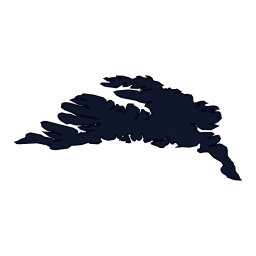 the Region of Vestfirðir
{"feature_id": "ISL-690", "entity_name": "Vestfirðir", "entity_type": "Region", "adm_level": 1, "iso_a3": "ISL", "parent_name": "Iceland", "parent_adm1": "", "projection": "equal_earth", "projection_center": [-22.568, 65.72], "detail": "fine", "context": "isolated", "style": "filled", "palette": "ink", "viewbox_px": 256, "rotation_deg": 0, "n_neighbors": 0, "source": "natural_earth", "source_scale": "10m", "svg_char_len": 5891}
<svg xmlns="http://www.w3.org/2000/svg" viewBox="0 0 256 256"><path d="M196.2,145.5L189.1,146.9L182.4,146.4L177.4,146.9L180.0,145.0L177.7,144.0L176.5,142.2L173.0,142.6L173.4,143.6L171.9,143.8L168.7,140.7L168.8,142.9L167.4,144.5L165.0,145.5L163.3,147.4L159.9,147.3L158.2,146.1L151.8,143.9L151.4,143.3L154.0,141.7L161.0,141.0L165.5,139.8L166.2,139.5L166.5,137.4L169.1,136.0L167.2,136.2L162.6,139.3L160.5,140.1L153.9,140.7L153.9,140.3L157.4,138.9L157.4,138.4L156.1,138.4L152.2,140.1L149.6,139.3L150.4,140.4L150.0,141.0L145.6,142.2L144.7,141.9L144.0,140.7L144.2,137.9L141.4,133.4L140.6,134.0L140.7,135.9L141.7,137.4L141.3,138.5L139.4,140.2L138.6,140.2L136.0,138.1L135.6,139.9L134.4,140.8L133.1,140.4L131.2,137.7L130.9,136.6L131.3,135.4L132.8,134.1L132.2,133.7L131.0,134.1L127.9,133.7L127.6,134.5L130.5,142.2L129.6,142.6L126.3,142.2L126.6,141.1L125.6,140.4L122.7,140.6L122.0,140.5L121.9,139.8L119.8,139.8L119.8,139.3L124.1,136.8L125.8,136.5L125.2,135.7L121.9,134.5L121.6,136.1L120.3,137.4L118.7,138.1L117.4,137.6L116.3,135.3L115.6,135.0L115.0,138.4L113.6,139.2L108.0,140.0L102.7,138.4L102.9,136.9L101.1,137.4L100.1,138.8L100.0,140.3L101.2,141.2L101.2,141.7L98.0,143.6L90.1,143.1L87.7,141.7L86.9,141.8L85.9,142.2L86.8,142.6L81.7,144.3L73.1,145.1L71.2,144.5L70.9,145.6L67.5,147.9L55.9,149.4L52.9,149.2L50.4,148.4L50.5,146.8L49.1,146.0L51.3,146.4L51.5,145.2L50.3,144.5L48.9,144.6L48.2,145.5L46.7,144.5L37.0,142.6L19.0,143.5L16.7,143.3L15.4,142.2L18.1,141.4L21.0,139.6L25.8,137.9L26.5,134.5L30.5,133.1L41.0,135.3L44.5,137.4L51.3,138.6L54.4,140.7L56.3,141.2L61.7,140.3L56.1,139.8L53.3,137.7L48.9,135.8L44.1,132.2L53.6,133.1L61.8,135.0L58.9,133.1L48.2,130.5L44.6,128.4L42.0,126.0L41.9,123.5L41.2,122.7L43.9,121.6L46.6,121.7L73.1,128.4L77.0,130.7L77.6,132.0L76.1,134.5L77.2,134.8L81.3,132.6L82.6,133.6L83.2,132.9L88.2,133.1L88.2,132.6L86.9,131.7L94.7,130.3L87.2,130.5L83.8,130.0L80.5,128.8L78.7,127.2L83.3,126.1L85.1,126.6L90.3,126.3L93.2,125.5L97.3,126.0L98.6,125.5L96.9,125.0L96.9,124.6L100.8,123.1L95.3,123.8L92.6,124.9L75.6,124.7L70.1,123.1L66.8,123.7L61.5,120.8L59.5,118.9L58.2,116.7L58.5,114.6L61.2,113.2L62.4,113.2L66.0,114.2L70.6,114.6L75.0,116.5L80.1,116.1L87.9,117.5L90.5,117.5L97.4,119.4L99.6,118.9L94.4,118.2L92.7,117.2L87.5,117.0L82.9,115.4L76.4,114.7L71.6,112.1L64.8,109.5L61.7,107.3L62.1,104.1L63.0,103.3L65.6,102.9L68.9,103.2L80.3,106.3L83.6,106.7L85.8,106.1L86.9,108.1L89.2,109.0L86.3,105.7L78.5,104.0L70.8,100.1L72.8,99.3L82.5,99.4L88.0,101.4L82.7,98.6L76.6,98.7L75.1,98.2L75.8,97.2L77.8,96.0L81.4,95.8L82.4,95.4L82.5,94.5L83.9,94.1L93.8,95.4L103.3,98.1L105.9,100.4L105.7,101.4L106.1,102.9L109.2,100.7L111.1,100.7L113.7,102.7L114.3,105.8L109.1,110.4L114.3,107.5L115.6,106.6L116.6,104.9L117.3,104.7L118.5,105.5L119.4,107.1L119.0,107.6L121.9,106.2L122.9,106.6L120.3,109.8L118.5,111.1L116.4,111.8L120.1,111.4L121.1,110.8L123.3,108.0L123.9,107.8L124.8,109.7L123.8,113.2L124.2,114.2L126.3,110.8L126.5,107.5L127.7,104.7L128.5,104.1L132.8,104.3L133.7,106.0L136.7,107.5L139.4,110.0L138.8,112.2L138.0,113.2L138.4,113.7L134.5,119.0L134.9,119.6L135.8,119.5L137.2,116.8L141.4,111.8L141.8,109.9L143.2,109.8L145.7,112.3L146.9,112.2L147.4,112.8L147.0,114.3L147.9,114.6L148.7,113.1L149.2,113.2L148.7,116.1L146.2,119.3L148.6,118.7L151.0,114.9L153.0,114.2L153.0,113.7L151.7,113.0L150.0,109.0L149.1,108.0L146.6,106.4L145.2,106.1L146.5,103.6L147.4,102.9L151.0,102.4L151.7,101.4L145.0,102.9L139.7,101.7L136.2,100.1L121.3,97.2L116.9,95.1L114.3,92.1L117.2,91.2L128.5,90.2L137.6,91.2L138.4,92.1L141.0,93.0L141.8,92.5L140.5,91.1L145.2,90.9L148.0,90.0L152.5,89.3L144.0,89.9L140.2,88.7L141.5,88.6L144.1,87.2L146.1,87.0L146.1,86.5L144.7,86.1L138.2,88.2L131.1,87.9L131.0,87.2L132.8,86.0L133.6,83.7L137.5,82.7L132.7,83.6L127.8,86.0L124.0,86.5L123.2,86.1L123.7,85.2L125.5,83.7L125.5,83.2L123.3,83.6L116.7,87.5L106.8,86.3L104.2,85.7L101.0,83.8L101.9,83.2L110.0,83.5L111.4,81.3L107.6,80.6L104.5,78.6L106.4,77.9L112.2,79.5L110.9,78.1L117.8,77.6L119.5,79.0L120.9,79.2L121.4,78.7L121.2,78.0L116.1,76.2L123.4,76.5L128.5,77.9L132.0,79.5L133.6,79.4L137.5,77.6L137.1,76.7L139.6,76.3L143.6,78.1L148.8,78.9L149.1,78.1L148.7,77.4L147.0,76.9L146.5,76.2L148.5,76.4L150.5,77.3L152.0,78.6L152.5,80.2L153.6,81.2L158.7,82.4L160.3,83.7L159.4,84.4L162.9,85.1L162.9,85.5L161.3,85.7L161.2,87.0L162.2,88.3L161.2,88.8L161.2,89.3L162.0,89.8L165.9,88.8L167.5,89.8L169.0,88.4L170.0,88.3L170.5,88.8L170.2,89.8L175.8,89.8L176.9,89.3L180.5,91.6L176.2,93.5L177.1,93.7L180.6,93.1L184.8,94.9L187.4,94.5L191.3,95.4L190.9,96.3L191.9,96.6L192.6,97.4L192.6,98.2L191.7,98.6L192.6,100.0L193.1,102.5L194.3,103.3L197.4,102.8L198.2,103.3L198.3,104.2L196.6,106.6L199.5,105.4L199.5,103.8L198.2,102.4L201.2,101.5L204.0,101.4L205.3,102.9L206.5,103.2L203.8,104.3L203.4,104.9L204.9,106.4L206.5,106.9L213.3,106.1L216.6,106.7L217.8,107.5L218.5,109.0L209.7,109.3L208.0,110.0L200.5,110.8L201.6,111.8L212.8,110.4L214.7,110.8L211.2,112.3L211.2,112.8L218.0,111.9L219.6,112.5L220.8,115.1L220.1,116.0L218.2,116.5L221.2,117.5L221.2,118.0L218.1,121.3L215.1,122.9L208.8,124.1L208.8,124.6L213.5,124.6L217.9,126.0L210.9,129.5L202.3,129.3L199.2,127.5L197.1,125.0L195.6,124.0L193.6,123.5L189.8,124.1L194.0,125.0L196.7,126.9L196.7,128.3L195.4,129.3L197.0,130.1L197.5,131.4L199.3,132.4L200.4,132.9L211.0,132.7L212.8,133.2L213.6,134.1L208.5,137.9L208.5,138.4L215.4,136.0L218.7,135.6L220.2,138.6L218.9,141.2L215.7,143.6L212.0,145.4L209.0,146.0L209.0,146.4L215.4,145.3L219.2,144.1L221.5,144.6L226.4,147.7L225.9,148.9L226.8,149.1L227.0,149.7L227.1,156.0L230.5,160.4L230.0,160.8L232.6,162.6L233.2,164.0L232.7,165.7L234.1,165.9L234.7,167.5L235.0,171.4L238.1,175.2L239.6,178.6L240.6,179.8L236.4,179.7L232.4,178.8L227.4,176.8L227.2,175.5L222.7,172.8L221.3,170.6L221.2,168.9L223.8,165.3L221.9,161.9L213.9,157.3L208.6,151.8L205.5,151.6L200.1,152.4L197.8,150.9L197.8,150.0L200.7,148.2L201.0,143.5L200.2,142.6L198.6,143.1L196.2,145.5Z" fill="#0f172a" stroke="#020617" stroke-width="1.5"/></svg>